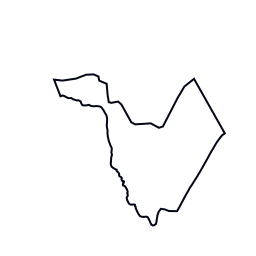 Belén, Salto, Uruguay, rotated 208°
{"feature_id": "84410073B21577121406098", "entity_name": "Belén", "entity_type": "district", "adm_level": 2, "iso_a3": "URY", "parent_name": "Uruguay", "parent_adm1": "Salto", "projection": "equal_earth", "projection_center": [-57.672, -30.856], "detail": "fine", "context": "isolated", "style": "outline", "palette": "ink", "viewbox_px": 256, "rotation_deg": 208, "n_neighbors": 0, "source": "geoboundaries", "source_scale": "gbopen_adm2", "svg_char_len": 2155}
<svg xmlns="http://www.w3.org/2000/svg" viewBox="0 0 256 256"><g transform="rotate(208 128 128)"><path d="M155.4,130.5L153.2,129.2L151.3,127.2L149.9,124.7L148.6,121.7L147.5,119.5L145.0,116.4L143.6,113.6L141.6,110.7L138.9,107.6L135.6,104.6L133.5,103.1L132.6,102.1L131.8,100.3L131.1,98.4L129.6,96.9L129.0,94.2L127.4,90.6L126.3,88.0L124.4,86.2L122.4,85.8L120.4,85.7L118.9,85.6L118.4,85.8L117.9,84.9L117.3,84.7L114.9,83.8L114.1,83.2L113.8,82.2L112.9,81.4L111.0,81.4L110.4,81.1L109.9,80.9L109.9,80.0L109.2,79.2L108.7,78.9L108.0,78.4L107.4,78.2L107.1,78.5L107.0,79.0L106.6,79.0L106.4,78.9L106.2,78.3L106.1,77.5L106.2,76.5L106.2,76.2L105.8,75.5L105.7,75.2L105.4,75.0L105.1,74.9L104.7,75.0L104.4,75.2L103.9,75.2L103.5,75.1L102.9,75.0L101.4,74.0L100.7,73.7L100.2,73.3L98.6,71.9L98.2,71.2L98.2,70.5L98.0,70.3L97.8,70.1L97.8,69.7L97.6,69.4L97.1,69.2L96.7,68.6L96.4,68.0L96.4,67.4L96.5,66.9L96.6,66.4L96.5,66.0L96.1,65.3L95.5,64.7L94.6,63.7L93.2,62.8L92.4,62.2L91.6,61.7L90.8,61.6L90.0,61.6L88.6,62.1L87.4,63.0L86.2,63.5L85.9,63.5L85.0,62.2L84.2,62.0L83.6,60.9L81.4,59.1L78.6,57.1L75.8,55.8L74.2,56.1L73.4,56.4L72.2,57.0L70.3,58.3L68.4,58.4L65.7,56.5L63.7,54.9L62.0,53.6L60.3,53.6L59.3,54.4L58.3,56.5L58.9,58.6L60.0,61.8L61.1,65.1L61.6,68.6L61.0,72.1L57.3,73.4L52.9,73.9L46.6,77.1L45.6,77.7L45.5,81.5L45.5,84.3L45.5,87.8L45.5,92.2L45.5,95.9L45.3,100.7L45.3,104.0L44.8,108.9L44.7,110.7L44.6,112.3L44.3,115.6L44.0,121.8L43.8,125.5L43.7,129.9L43.6,134.0L43.5,138.6L43.5,142.7L43.4,146.3L43.2,150.0L43.1,152.9L43.0,155.0L42.9,156.6L42.7,158.6L42.1,162.6L41.5,165.7L40.0,168.7L92.8,202.4L97.7,191.0L98.3,178.0L97.9,145.8L100.8,142.7L110.0,142.8L123.4,134.6L127.8,134.6L144.9,145.7L149.1,146.7L154.5,142.4L157.1,141.8L161.3,147.3L167.6,157.0L175.6,156.3L178.3,159.6L183.5,159.2L190.1,155.3L197.1,147.2L208.1,139.1L216.0,136.0L202.5,124.3L201.2,125.9L199.8,126.2L198.5,126.4L196.3,126.2L194.1,126.6L192.2,127.8L190.2,127.6L187.9,128.0L186.1,128.3L184.7,129.2L182.4,129.3L180.8,127.8L179.0,126.7L176.9,127.5L174.8,128.9L173.2,130.2L171.5,130.0L168.8,130.9L165.9,132.7L163.3,133.7L161.3,133.8L157.9,132.2L155.4,130.5Z" fill="none" stroke="#020617" stroke-width="2"/></g></svg>